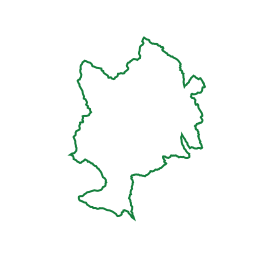 Angaraes, Huancavelica, Peru (Natural Earth projection), rotated 122°
{"feature_id": "86281439B42850233114855", "entity_name": "Angaraes", "entity_type": "district", "adm_level": 2, "iso_a3": "PER", "parent_name": "Peru", "parent_adm1": "Huancavelica", "projection": "natural_earth1", "projection_center": [-74.625, -13.058], "detail": "fine", "context": "isolated", "style": "outline", "palette": "green", "viewbox_px": 256, "rotation_deg": 122, "n_neighbors": 0, "source": "geoboundaries", "source_scale": "gbopen_adm2", "svg_char_len": 5735}
<svg xmlns="http://www.w3.org/2000/svg" viewBox="0 0 256 256"><g transform="rotate(122 128 128)"><path d="M100.8,60.2L98.7,63.0L98.1,63.2L97.8,64.1L97.4,64.3L96.7,64.2L95.9,64.4L95.4,65.7L94.1,66.1L93.8,67.0L92.9,68.0L93.1,69.5L92.7,69.8L92.7,70.3L91.5,71.0L90.9,72.3L90.2,72.2L89.6,71.5L88.1,71.8L87.0,70.8L86.8,70.3L86.0,70.3L85.2,69.5L85.2,69.1L84.5,68.7L83.4,68.5L82.4,68.7L81.7,69.2L80.3,72.0L79.5,72.0L78.4,71.4L77.7,71.8L76.3,73.3L73.7,78.7L72.1,80.2L71.4,80.5L71.1,81.1L71.0,81.8L72.3,82.6L72.0,83.4L70.4,84.9L68.6,85.6L68.2,86.9L67.7,87.6L68.6,89.7L68.1,91.2L67.5,91.2L65.9,92.1L65.2,91.9L64.9,91.5L64.8,90.4L63.7,88.9L62.5,87.9L61.1,87.7L60.1,85.8L59.4,85.1L57.1,84.9L55.4,85.8L54.0,86.2L53.0,84.8L52.3,84.6L51.5,85.7L51.2,86.4L50.4,86.9L49.8,87.7L49.9,88.5L49.2,89.0L47.4,92.9L48.1,93.6L49.2,93.9L49.3,95.2L49.1,95.8L49.3,96.8L49.2,97.6L48.8,98.3L49.0,99.3L48.9,100.1L52.4,101.0L54.0,100.8L55.0,101.1L57.0,100.6L59.2,101.4L60.3,101.3L61.7,102.1L62.9,102.1L61.0,104.1L60.3,104.4L59.7,105.2L56.8,106.5L55.8,107.8L54.7,108.4L53.5,109.5L52.5,109.7L52.6,111.4L51.3,112.0L51.0,112.5L51.1,114.5L50.3,114.5L49.8,114.9L49.3,116.0L48.0,116.0L47.2,117.1L46.2,117.0L45.7,117.4L44.3,120.8L43.9,122.5L43.9,125.0L44.1,125.8L44.2,127.1L43.8,128.1L44.6,129.2L44.4,131.4L45.0,133.0L44.0,134.2L44.2,135.5L44.0,137.0L44.0,139.5L43.5,140.4L43.0,140.6L42.4,140.2L41.8,140.2L41.0,141.1L41.1,141.8L41.9,142.9L41.3,144.4L42.0,145.8L41.9,146.8L41.4,147.1L41.3,147.6L41.8,148.8L42.5,149.7L43.0,151.3L43.6,152.0L43.6,154.5L43.3,155.5L42.3,156.5L42.4,157.7L43.0,159.1L42.8,162.3L44.1,162.4L47.1,161.8L47.2,160.7L47.9,159.8L49.7,159.7L50.7,160.4L52.5,160.8L53.1,160.7L56.7,158.9L57.4,158.9L58.8,158.3L59.4,157.7L60.4,155.8L62.4,154.9L63.0,155.4L65.4,156.2L65.4,157.2L66.4,159.6L67.6,160.4L69.3,160.8L70.0,161.4L71.5,161.4L72.5,162.5L73.9,162.6L74.6,162.2L75.5,162.2L76.3,161.5L76.9,159.7L77.8,159.1L78.5,159.1L82.5,160.5L83.3,160.2L83.7,160.3L84.7,161.5L85.2,163.1L86.4,163.9L87.3,165.2L89.3,164.4L90.7,164.8L91.9,165.7L93.3,165.5L94.1,166.0L94.6,168.0L94.1,169.4L94.8,170.3L95.5,170.7L95.7,171.3L94.3,172.8L94.2,177.1L93.9,178.2L92.8,179.2L93.2,180.5L93.1,180.9L91.7,182.1L93.0,185.4L93.5,186.3L94.0,189.8L94.4,190.7L94.3,191.2L93.5,192.0L93.0,192.9L92.7,194.7L93.5,197.2L93.5,199.0L94.0,200.5L95.2,200.7L96.3,201.3L98.4,200.9L99.7,201.2L101.3,200.6L103.1,199.2L103.6,199.4L104.5,199.0L105.9,198.0L107.4,195.9L109.7,194.9L110.8,195.0L112.4,194.6L113.4,195.6L114.7,195.7L116.3,193.4L116.6,192.4L118.0,191.4L120.7,186.3L123.0,184.3L124.5,182.0L126.1,181.4L126.5,181.1L126.2,179.3L127.8,176.5L128.5,176.1L130.4,175.9L130.7,173.5L132.2,172.9L132.0,170.3L133.5,169.2L134.1,167.7L136.4,168.2L137.5,167.9L138.0,168.0L139.7,169.5L141.5,172.3L142.1,172.7L143.3,171.4L145.2,171.1L145.6,170.7L145.8,169.9L146.6,169.3L147.2,169.4L148.1,170.8L148.9,171.5L150.1,170.6L151.6,170.6L152.3,170.3L153.6,168.8L155.0,168.3L158.2,170.2L159.9,169.9L160.7,169.2L162.0,168.7L163.4,169.3L164.5,169.4L167.0,165.8L168.9,164.6L170.7,162.7L171.5,162.3L172.2,161.1L174.7,159.8L177.7,160.2L179.4,162.0L181.3,162.8L180.9,162.0L181.0,161.0L180.6,160.3L181.7,158.7L183.1,157.6L182.9,157.3L183.0,155.6L182.8,154.9L183.4,153.0L183.0,152.0L183.2,150.5L182.5,149.5L181.1,149.2L179.5,148.2L177.7,147.9L177.3,147.4L177.4,146.6L177.2,145.0L177.9,144.2L177.1,143.1L177.3,142.3L177.2,141.1L177.5,140.5L176.9,139.2L177.5,138.1L177.7,135.8L177.2,134.8L178.3,132.7L178.4,132.1L178.1,131.4L179.0,129.6L179.2,128.7L180.0,127.0L183.0,123.2L183.0,121.0L183.9,119.1L185.2,118.5L185.6,117.6L186.8,117.8L187.5,117.2L189.0,116.6L190.3,117.1L191.5,118.0L193.1,117.7L194.7,118.0L197.1,120.1L197.7,121.1L198.6,123.5L201.7,126.2L202.6,126.8L204.2,128.6L206.2,129.2L207.2,129.9L208.4,130.0L209.9,130.5L211.2,132.5L212.3,133.2L213.0,132.9L214.1,132.1L214.8,131.1L215.0,130.1L214.7,129.4L214.7,128.5L214.3,127.7L214.5,126.7L214.2,125.5L213.6,124.0L214.7,121.9L214.6,120.9L214.8,118.0L213.8,116.2L214.3,115.0L213.2,113.4L212.9,112.7L213.0,112.0L212.6,110.8L211.8,109.9L210.8,109.4L210.7,108.9L209.6,107.2L209.1,105.9L208.7,102.2L207.6,99.9L207.1,96.8L207.3,92.4L208.1,91.0L208.2,90.2L207.2,88.9L205.8,87.9L204.6,87.6L202.9,88.5L201.5,87.6L200.4,88.2L199.6,87.5L199.4,86.7L198.9,83.4L199.9,82.3L200.3,80.1L201.6,77.5L201.8,74.7L200.0,76.8L199.6,77.9L197.6,79.4L197.1,81.0L194.8,81.4L192.5,82.7L192.0,84.5L190.0,85.8L189.2,87.0L188.3,87.5L187.5,88.6L187.1,89.9L186.4,90.1L185.7,90.1L183.6,90.9L182.6,90.3L181.7,91.4L180.1,92.2L178.9,92.5L177.4,92.3L176.0,93.6L173.5,94.1L172.4,94.9L171.5,94.8L169.8,96.6L169.4,98.0L169.0,98.5L168.0,98.4L167.6,99.5L166.2,99.6L165.4,98.7L164.9,98.5L164.6,97.9L163.9,97.5L162.8,96.0L162.4,94.9L161.9,94.4L161.9,92.8L161.1,91.8L160.9,90.5L160.4,89.6L159.9,88.0L158.3,87.6L157.6,86.9L156.2,86.3L153.8,85.9L152.7,86.1L152.3,85.6L152.1,84.5L151.8,84.2L150.5,83.2L148.7,82.7L147.9,81.0L147.2,80.7L146.5,79.9L145.4,79.8L144.2,78.7L140.1,77.7L139.0,76.9L137.9,76.7L137.7,77.2L137.8,78.8L137.3,79.5L136.1,79.4L135.7,80.9L134.9,81.6L134.8,82.4L133.8,83.1L133.4,83.1L132.5,81.3L132.7,79.9L132.0,77.9L130.0,76.8L128.6,77.0L128.0,76.3L127.8,75.2L127.1,74.7L126.6,73.5L125.9,73.0L125.8,71.9L126.0,71.3L125.7,70.5L125.9,69.3L124.8,68.4L123.8,66.3L123.2,65.9L122.9,63.5L122.2,62.1L121.7,61.5L120.2,60.6L119.1,61.1L118.4,62.0L117.5,62.3L117.5,64.4L116.6,66.9L116.2,67.2L115.8,68.4L115.7,69.5L114.0,71.3L113.3,73.1L111.5,75.0L109.5,76.4L109.0,77.1L108.0,77.9L106.9,78.3L106.2,78.0L105.1,78.6L106.7,75.6L107.4,73.6L108.6,72.1L109.4,69.5L110.5,68.9L112.3,64.8L110.6,64.0L110.1,62.5L110.1,61.0L109.3,59.3L108.6,58.4L107.9,58.1L107.4,57.5L106.9,56.3L106.9,55.4L105.7,54.7L105.4,54.7L105.1,55.4L104.4,55.7L103.0,57.3L102.3,59.2L101.0,59.5L100.8,60.2Z" fill="none" stroke="#15803d" stroke-width="2"/></g></svg>